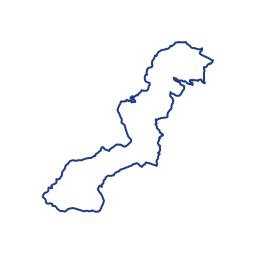 Aserri, San José, Costa Rica, rotated 17°
{"feature_id": "36466004B1589353169511", "entity_name": "Aserri", "entity_type": "district", "adm_level": 2, "iso_a3": "CRI", "parent_name": "Costa Rica", "parent_adm1": "San José", "projection": "albers", "projection_center": [-84.129, 9.746], "detail": "fine", "context": "isolated", "style": "outline", "palette": "blue", "viewbox_px": 256, "rotation_deg": 17, "n_neighbors": 0, "source": "geoboundaries", "source_scale": "gbopen_adm2", "svg_char_len": 5870}
<svg xmlns="http://www.w3.org/2000/svg" viewBox="0 0 256 256"><g transform="rotate(17 128 128)"><path d="M158.1,29.0L154.8,30.3L151.6,30.9L151.1,31.5L150.1,31.6L148.5,32.4L148.1,33.7L146.3,36.6L145.8,37.0L145.3,36.8L144.4,37.4L144.3,38.8L143.3,40.2L142.5,40.8L141.1,41.4L140.5,42.2L140.0,42.4L137.5,43.5L134.8,46.6L134.3,48.3L134.2,50.3L134.0,50.9L132.7,51.0L132.6,54.0L131.6,57.3L132.2,59.9L132.8,60.5L133.0,60.9L133.1,62.4L132.1,63.4L130.1,64.4L129.6,65.1L129.5,65.9L129.0,66.5L129.4,68.1L129.5,69.4L130.6,71.4L129.5,71.9L129.3,72.2L129.1,73.1L129.1,73.9L129.1,74.4L129.6,75.9L130.3,77.2L131.2,78.2L132.3,78.6L134.8,78.6L135.4,78.6L135.6,78.8L136.1,80.3L136.1,81.0L135.6,82.0L135.9,83.6L135.8,85.4L134.7,87.1L131.2,87.9L130.3,88.4L130.0,88.2L129.5,90.1L128.2,92.0L128.1,93.0L127.6,93.8L127.3,93.5L127.1,93.5L127.0,94.1L126.0,94.6L124.8,96.5L123.2,96.4L123.5,97.1L121.9,97.6L121.6,97.9L121.5,98.3L121.7,98.5L122.8,98.3L123.4,99.2L123.9,99.4L124.1,99.3L124.4,98.4L124.7,98.3L125.3,99.2L126.3,99.6L126.3,100.0L127.1,100.3L127.2,100.9L126.2,101.0L125.6,101.5L125.2,101.5L124.2,102.4L123.6,102.1L123.1,101.2L122.2,100.9L121.7,100.9L121.3,101.7L120.8,102.1L120.5,102.1L120.1,101.7L118.4,101.5L118.3,102.7L117.4,103.5L117.0,103.7L115.8,103.8L114.6,104.5L113.8,104.6L113.4,105.0L113.6,106.5L113.3,107.9L113.0,108.7L112.9,111.0L112.7,111.8L112.8,114.0L114.1,115.8L115.3,116.5L116.2,117.9L116.7,118.3L117.5,119.6L118.8,120.7L119.4,121.5L119.8,122.5L120.0,124.3L120.4,124.9L123.7,126.1L124.8,127.6L126.2,130.0L130.4,135.7L130.8,136.1L134.0,138.0L134.6,138.9L134.8,139.7L134.5,140.9L132.3,144.8L131.8,145.4L130.5,146.4L130.2,146.9L128.5,146.8L126.7,146.1L126.1,146.1L124.3,146.5L123.6,146.9L122.4,146.9L121.9,147.2L120.8,148.6L119.9,150.1L118.4,151.7L117.2,153.4L116.7,154.5L116.6,155.4L111.8,155.1L110.0,153.7L108.9,153.8L108.3,155.5L108.5,157.6L107.2,159.0L106.8,160.2L106.4,160.8L105.6,161.4L105.1,162.0L104.8,162.8L104.9,164.3L104.6,164.6L103.7,164.6L102.2,166.7L101.2,167.5L98.7,168.4L95.2,170.5L93.9,171.8L92.9,172.4L92.0,172.8L90.7,173.0L87.6,174.7L85.5,174.7L83.3,175.8L82.2,176.7L81.0,179.8L80.8,179.9L79.4,182.2L79.4,185.6L78.3,188.3L78.0,189.7L78.0,190.2L78.4,191.1L78.5,192.1L78.5,193.4L78.3,193.5L77.5,196.4L76.7,197.3L74.6,198.0L74.7,198.7L75.2,199.8L75.5,201.1L75.2,202.0L72.1,204.6L71.8,205.4L71.8,206.2L72.6,206.8L72.8,207.6L71.9,207.9L70.8,207.9L69.5,208.4L70.1,211.0L70.1,211.5L69.6,212.7L69.1,213.2L68.2,213.8L67.3,214.6L66.7,215.7L66.6,216.4L66.6,218.8L70.0,220.5L71.0,222.1L71.6,223.4L72.1,223.7L73.8,223.8L75.4,222.8L77.7,222.7L78.5,224.5L79.5,224.4L80.2,224.0L81.0,224.0L82.0,224.4L84.2,226.0L86.7,227.0L88.7,227.0L89.2,226.6L90.0,226.5L92.0,226.4L92.7,225.8L93.7,224.0L94.0,223.9L94.1,223.4L95.1,222.5L98.1,220.9L99.1,220.6L99.9,220.6L100.0,220.5L110.5,220.5L111.3,220.0L111.5,219.8L112.8,219.2L113.5,219.0L114.9,219.1L115.9,218.8L116.9,218.2L117.6,217.4L118.0,217.3L121.8,217.6L124.4,216.3L125.2,215.2L125.8,212.8L125.8,210.7L126.2,209.0L126.2,207.1L126.3,206.9L126.3,204.6L123.0,200.4L121.2,198.7L120.8,198.4L120.3,198.3L118.8,197.1L118.4,196.5L117.3,195.8L117.0,195.2L117.3,194.0L117.3,192.5L117.6,191.9L117.8,191.6L120.1,191.8L120.0,191.3L119.5,190.6L119.3,189.7L120.1,189.1L120.5,188.3L120.5,187.4L120.2,186.4L120.2,185.0L120.5,184.5L121.1,184.0L121.2,181.7L121.9,180.8L122.4,179.9L123.2,179.3L124.5,179.1L126.1,178.6L126.9,177.9L127.9,177.6L128.3,176.8L128.4,175.6L130.4,173.1L131.2,172.5L131.5,172.5L132.5,171.3L132.5,170.7L132.8,170.2L136.7,167.4L137.4,166.5L139.4,165.5L140.3,164.3L142.4,163.0L143.5,161.1L145.0,160.4L146.5,159.1L148.7,159.4L150.4,160.6L152.5,161.1L153.0,160.6L153.4,158.9L154.7,157.9L155.0,157.1L155.0,156.0L155.3,155.8L156.2,155.6L158.3,155.6L158.7,155.4L162.5,155.7L165.7,155.6L166.3,155.8L166.6,154.3L166.3,153.7L165.4,152.6L164.9,151.0L165.0,150.1L165.6,149.0L165.1,145.5L165.7,144.2L165.8,143.5L165.2,143.0L164.9,143.0L164.3,143.2L164.1,143.0L165.0,141.3L165.1,139.5L164.8,138.7L164.0,137.1L164.0,135.8L163.7,135.6L163.1,135.6L161.9,134.9L161.2,133.9L161.0,133.4L161.0,132.2L161.3,130.6L161.3,130.1L161.0,129.7L161.1,128.9L161.4,128.8L161.5,128.5L160.8,128.0L161.2,127.1L162.0,126.4L162.4,125.2L163.1,125.3L163.5,124.7L163.0,123.8L161.7,123.6L160.9,123.1L159.6,122.9L159.3,121.8L158.6,121.0L156.0,119.8L154.5,117.2L153.8,116.9L153.3,116.5L153.2,116.0L153.8,115.6L153.9,115.2L153.0,113.8L152.2,112.1L152.2,111.7L153.5,111.7L154.8,110.2L155.8,109.7L156.9,108.7L159.2,107.8L160.1,107.2L160.6,107.1L161.9,106.5L162.4,105.8L162.4,105.0L161.8,103.9L161.8,101.4L162.4,99.9L162.7,98.7L163.7,97.3L163.7,96.3L163.2,94.4L163.2,92.1L163.6,91.4L163.4,90.5L163.4,88.8L162.9,88.3L162.1,87.0L161.6,86.4L159.1,85.2L158.3,82.4L158.3,81.4L158.5,81.4L159.6,82.2L162.3,82.2L162.9,82.6L164.1,82.9L165.4,82.9L167.3,82.3L168.2,81.2L168.8,79.9L169.5,76.1L170.1,75.1L170.2,73.8L169.8,72.9L169.7,71.8L169.4,71.5L168.4,71.2L166.8,71.3L165.6,70.9L165.4,70.8L164.6,69.6L164.1,69.3L162.8,69.3L159.3,68.8L158.1,68.2L157.3,66.7L159.4,66.6L160.0,67.0L162.5,67.8L163.5,67.8L164.1,67.5L164.6,67.0L165.7,66.9L166.5,67.2L168.0,67.2L168.4,66.8L169.0,66.6L170.5,67.2L171.1,67.7L172.1,68.0L174.5,68.1L175.7,67.7L177.0,67.8L177.0,67.0L176.5,66.3L174.5,66.0L173.6,65.6L173.3,64.5L173.9,63.6L175.7,63.8L176.1,62.9L177.5,63.0L178.6,62.5L181.2,62.4L181.2,61.8L181.9,61.1L183.8,60.3L185.4,62.1L186.2,62.5L188.1,62.7L188.1,62.0L187.0,61.1L186.8,60.4L184.4,52.7L184.5,50.8L183.2,48.8L182.9,47.7L183.2,47.4L184.3,47.3L184.4,47.2L185.3,46.0L185.5,44.9L185.9,44.0L186.4,43.4L186.9,43.2L187.2,42.4L188.3,42.4L189.3,40.3L189.4,38.6L187.5,38.5L186.3,38.0L183.9,37.5L181.1,37.2L180.3,37.0L177.8,36.8L176.4,36.4L175.0,35.7L174.8,35.6L174.8,34.0L175.6,33.2L175.8,32.7L175.8,30.9L175.6,30.3L175.2,30.4L174.7,31.1L173.9,31.7L172.7,32.1L167.6,32.2L166.8,32.7L166.4,32.7L164.8,32.5L162.9,31.2L160.8,30.6L158.2,29.4L158.1,29.0Z" fill="none" stroke="#1e3a8a" stroke-width="2"/></g></svg>